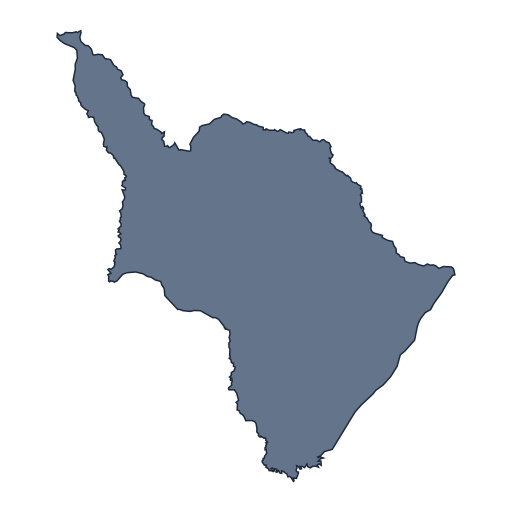 Mazagão, Amapá, Brazil
{"feature_id": "56859067B25777326370165", "entity_name": "Mazagão", "entity_type": "district", "adm_level": 2, "iso_a3": "BRA", "parent_name": "Brazil", "parent_adm1": "Amapá", "projection": "albers", "projection_center": [-52.07, -0.043], "detail": "fine", "context": "isolated", "style": "filled", "palette": "slate", "viewbox_px": 512, "rotation_deg": 0, "n_neighbors": 0, "source": "geoboundaries", "source_scale": "gbopen_adm2", "svg_char_len": 6021}
<svg xmlns="http://www.w3.org/2000/svg" viewBox="0 0 512 512"><path d="M454.9,274.9L453.9,270.0L453.0,268.1L451.2,266.9L443.5,266.5L439.0,268.4L435.6,265.7L433.4,264.9L430.3,265.2L427.4,264.0L423.8,266.0L418.2,264.5L414.9,262.6L410.3,263.1L405.9,261.7L404.7,260.7L404.3,258.0L403.4,257.3L400.5,256.8L398.9,254.7L396.4,253.0L396.0,248.6L394.0,245.9L392.5,241.4L387.6,240.3L382.6,237.7L382.1,237.0L382.5,235.4L374.5,233.2L372.0,231.8L370.8,228.6L371.4,225.1L370.8,223.2L369.0,222.0L367.2,218.3L364.1,215.9L365.1,215.0L362.9,210.9L363.7,208.9L363.4,207.8L362.3,206.5L361.4,208.2L360.1,205.0L359.9,203.2L361.5,202.1L361.4,196.6L360.4,195.1L361.5,193.0L362.4,193.3L361.7,188.9L360.6,189.1L360.3,188.4L361.0,187.0L360.7,186.0L357.6,184.4L356.4,182.7L355.6,183.1L352.5,181.9L351.1,180.6L350.6,178.2L348.1,175.9L347.4,175.4L346.5,175.9L342.1,171.7L339.8,171.1L335.2,168.5L335.2,167.4L333.5,165.3L330.3,162.8L329.8,161.2L330.6,161.0L330.6,159.8L329.4,158.3L330.6,158.5L331.9,157.5L333.1,155.0L331.6,153.6L330.3,150.0L330.1,147.4L331.0,146.7L329.1,142.8L326.2,141.8L323.6,139.6L321.6,140.1L319.7,141.8L316.8,140.2L313.0,140.3L309.5,136.4L308.0,136.1L307.0,133.9L305.3,132.5L304.6,129.9L302.6,130.0L301.5,129.2L300.3,129.7L300.4,128.8L298.4,129.1L293.9,130.5L294.3,131.5L292.2,132.7L288.8,132.0L288.4,133.2L287.0,133.2L280.2,129.6L278.4,131.1L276.9,131.2L274.6,129.6L274.1,130.3L268.7,130.2L266.6,128.9L265.7,129.1L265.7,129.9L263.3,129.8L263.2,127.3L258.2,126.1L256.7,124.8L253.9,124.4L250.1,122.4L246.6,121.7L244.6,123.5L242.8,123.9L241.5,122.2L236.5,118.9L232.4,117.7L228.2,114.8L223.9,114.1L221.8,115.6L221.0,117.3L214.3,119.4L209.5,123.9L202.3,125.5L199.6,127.1L199.2,131.1L193.5,137.3L189.9,144.2L190.8,146.4L190.6,150.8L189.1,151.2L180.6,149.6L179.9,150.2L178.8,149.9L174.8,142.8L173.9,144.6L170.0,147.5L169.1,147.5L167.5,145.6L166.7,146.4L164.7,146.2L163.8,141.3L161.8,139.6L162.4,137.4L164.0,136.4L164.4,131.8L161.6,133.6L161.0,132.0L156.9,129.3L154.1,128.5L153.7,126.9L151.6,124.5L152.1,120.5L149.4,119.6L149.3,116.6L145.3,115.2L143.9,113.5L143.5,107.8L144.7,104.7L144.4,103.7L141.0,101.4L138.4,98.3L132.5,97.3L131.2,95.3L130.2,89.6L127.4,86.4L127.2,82.4L125.0,80.6L121.6,79.8L120.7,77.5L123.0,74.9L121.2,70.8L117.5,69.2L116.6,67.1L114.0,65.6L110.5,59.6L104.8,58.5L102.4,54.8L97.9,54.3L94.1,55.1L92.9,54.6L91.4,49.1L88.2,45.7L85.2,45.4L80.8,41.4L79.8,37.1L81.1,32.6L80.7,30.7L77.3,32.5L76.2,31.8L72.3,32.8L65.3,32.5L64.1,34.0L60.0,35.6L57.4,33.4L57.1,37.2L59.9,40.3L64.5,43.6L74.2,47.6L76.8,50.3L77.4,58.1L75.2,64.3L75.3,69.0L73.1,80.3L75.2,86.0L74.7,90.6L75.0,91.9L75.8,92.3L76.2,95.3L77.1,95.8L78.6,99.3L78.5,100.7L80.6,102.8L81.1,105.5L85.4,109.4L88.3,110.6L86.9,113.8L88.3,116.1L88.2,116.9L88.8,117.5L90.8,116.8L93.8,117.5L94.6,121.5L96.9,125.6L98.0,126.4L98.3,130.4L99.5,131.8L101.2,132.1L103.8,137.6L104.3,139.7L103.4,144.2L103.7,146.2L105.7,147.1L107.0,147.0L106.4,150.1L108.5,152.8L110.4,153.0L113.1,155.2L113.9,158.2L114.6,157.9L119.2,164.9L120.3,165.3L123.9,171.3L124.0,174.4L126.2,175.8L126.3,176.8L124.7,177.8L125.4,180.2L124.7,180.8L124.0,180.2L123.3,180.6L122.3,182.0L122.6,183.7L121.9,185.7L125.5,188.0L125.4,189.8L124.4,190.3L122.1,189.7L124.8,197.1L124.2,199.5L122.4,202.0L123.0,205.7L122.1,209.0L119.5,210.9L120.8,213.1L121.3,216.7L120.4,217.6L120.3,220.1L119.4,221.1L121.1,223.7L121.0,226.1L118.0,228.9L119.0,229.8L118.1,232.0L119.2,232.2L120.9,233.8L118.2,235.7L118.5,236.8L120.3,237.8L121.0,239.1L120.7,240.9L118.9,243.0L120.5,244.6L121.0,247.9L120.8,248.7L116.8,248.9L115.5,250.0L115.7,253.3L116.5,254.3L114.9,255.4L115.3,257.5L113.8,261.0L115.1,262.3L114.5,262.9L114.8,264.7L113.7,267.1L111.2,269.3L109.3,268.6L107.9,269.5L110.9,273.3L107.9,274.6L108.7,276.3L108.6,281.1L109.7,281.8L110.4,281.0L113.1,281.3L114.2,282.2L117.0,280.9L122.8,274.2L127.1,272.7L135.8,272.0L143.4,273.9L147.2,276.4L151.3,277.3L155.3,280.0L160.2,281.3L161.0,282.1L161.7,284.8L164.2,288.6L164.8,295.6L177.8,309.5L179.3,309.3L183.0,310.7L190.3,311.4L194.1,310.5L200.4,310.7L213.0,317.8L215.6,317.6L218.6,319.4L224.3,326.7L224.3,327.7L225.7,328.3L225.2,328.9L229.7,330.4L230.0,334.3L229.1,337.5L230.2,341.2L228.9,343.0L229.0,347.3L230.0,349.0L229.6,355.7L230.2,356.2L230.0,357.8L229.2,358.2L231.1,359.9L231.3,362.4L232.4,363.2L233.4,363.1L233.5,366.4L235.1,366.9L235.2,367.9L233.8,371.0L231.3,372.6L231.3,375.4L229.5,377.0L231.7,378.3L230.2,379.3L230.5,380.2L232.2,380.1L232.2,381.3L231.4,383.1L231.7,385.3L228.7,387.6L228.5,388.8L228.8,389.7L229.7,389.9L234.3,389.8L236.6,393.0L238.6,400.3L236.1,402.4L237.5,403.9L237.1,409.9L239.1,410.7L240.3,413.5L242.2,414.3L244.0,416.5L245.8,420.7L251.8,420.5L254.8,421.7L256.1,423.6L257.0,429.4L256.7,430.6L257.1,432.6L258.6,433.5L258.4,435.4L259.2,436.6L260.7,437.1L260.9,436.2L264.2,438.3L265.0,437.7L265.8,438.6L265.8,440.4L267.5,442.0L265.8,442.8L266.8,444.0L265.7,445.5L266.1,446.8L265.0,447.7L265.1,449.8L266.1,449.4L266.7,453.2L264.6,456.2L264.2,458.2L263.1,458.5L263.2,460.1L262.3,460.6L262.1,461.8L264.4,465.2L265.8,464.8L266.4,466.5L265.8,467.1L268.5,468.8L269.2,470.6L271.1,470.8L271.2,468.4L272.4,467.9L273.1,469.1L272.5,471.2L273.2,471.6L274.4,470.9L274.8,468.8L276.7,469.4L276.0,471.9L276.6,472.3L277.5,471.9L277.6,470.7L278.5,470.5L279.9,473.0L281.7,473.4L281.7,470.9L282.6,471.0L287.1,474.2L287.8,476.8L289.9,476.6L290.9,477.3L293.4,481.3L294.1,480.8L293.3,478.0L296.5,478.4L298.4,473.2L298.4,472.0L297.2,472.0L296.3,471.0L296.2,469.7L297.0,467.9L296.6,465.7L298.6,466.7L299.7,468.9L300.7,469.2L301.5,468.7L300.4,466.5L302.4,466.5L304.6,467.6L307.0,464.0L307.7,466.6L310.4,467.9L312.8,466.2L315.9,466.2L318.4,467.1L317.2,465.0L319.0,463.9L321.2,465.3L320.9,461.0L318.2,461.1L320.6,458.7L323.3,458.0L320.1,456.9L318.1,457.6L317.6,456.9L320.6,455.8L324.5,451.5L332.2,449.4L355.1,411.9L361.3,404.9L373.0,393.9L375.8,390.3L383.1,385.0L390.6,376.7L397.1,366.4L400.3,354.8L404.5,351.4L414.6,340.2L417.2,327.0L419.0,321.6L421.1,317.9L425.3,312.6L430.6,309.6L433.9,303.4L441.5,292.9L447.9,281.7L452.7,275.3L454.9,274.9Z" fill="#64748b" stroke="#1e293b" stroke-width="1.5"/></svg>